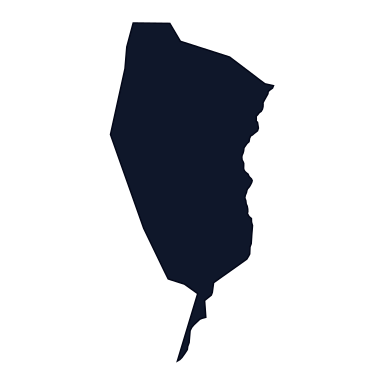 Açu, Rio Grande do Norte, Brazil
{"feature_id": "56859067B3651056164535", "entity_name": "Açu", "entity_type": "district", "adm_level": 2, "iso_a3": "BRA", "parent_name": "Brazil", "parent_adm1": "Rio Grande do Norte", "projection": "natural_earth1", "projection_center": [-36.933, -5.592], "detail": "fine", "context": "isolated", "style": "filled", "palette": "ink", "viewbox_px": 384, "rotation_deg": 0, "n_neighbors": 0, "source": "geoboundaries", "source_scale": "gbopen_adm2", "svg_char_len": 1436}
<svg xmlns="http://www.w3.org/2000/svg" viewBox="0 0 384 384"><path d="M169.8,23.4L133.2,23.0L126.8,46.9L125.0,68.6L112.5,125.4L110.5,134.5L120.2,162.0L128.3,184.8L143.7,228.3L164.4,271.2L168.2,278.9L170.3,279.6L184.4,284.1L197.7,293.6L177.4,361.0L179.8,359.6L181.9,357.5L185.1,353.0L187.3,349.6L187.7,346.4L189.1,342.6L190.1,330.6L191.7,327.4L193.8,324.9L199.7,319.3L202.0,318.3L205.8,317.3L204.6,300.5L211.3,295.1L212.3,292.4L213.6,282.7L222.0,276.7L230.5,270.7L246.8,259.1L248.6,256.1L249.7,254.0L249.9,249.1L250.0,246.9L251.2,243.7L251.6,237.5L251.7,235.6L252.3,228.2L252.5,225.6L251.5,222.1L251.4,218.5L249.1,216.6L247.4,213.6L247.8,211.6L247.7,209.0L247.2,206.2L246.2,204.0L245.8,200.6L244.8,197.9L245.3,195.3L246.5,192.3L246.9,190.3L247.6,188.8L249.4,186.7L250.5,184.8L251.7,182.4L252.2,180.6L251.4,178.9L249.1,176.6L248.0,174.1L246.3,172.8L244.9,171.5L244.0,170.0L243.6,168.4L243.7,165.6L243.7,163.3L243.1,161.8L242.1,160.0L241.8,157.1L242.1,155.2L243.0,153.2L243.6,151.0L244.0,147.8L247.0,143.5L249.0,141.7L249.6,138.2L250.7,135.9L252.5,134.9L254.3,133.3L255.8,132.2L257.5,130.8L258.4,128.1L257.5,122.3L256.2,121.1L256.3,119.0L256.2,116.3L257.7,114.7L259.3,112.6L261.1,111.4L262.4,109.2L263.0,106.8L263.1,104.5L263.0,102.8L264.1,100.6L267.9,93.8L268.2,91.6L269.6,90.2L272.5,88.1L273.5,85.7L264.9,83.8L257.8,78.5L256.3,77.3L231.9,58.8L229.7,57.1L180.4,41.3L169.8,23.4Z" fill="#0f172a" stroke="#020617" stroke-width="1.5"/></svg>